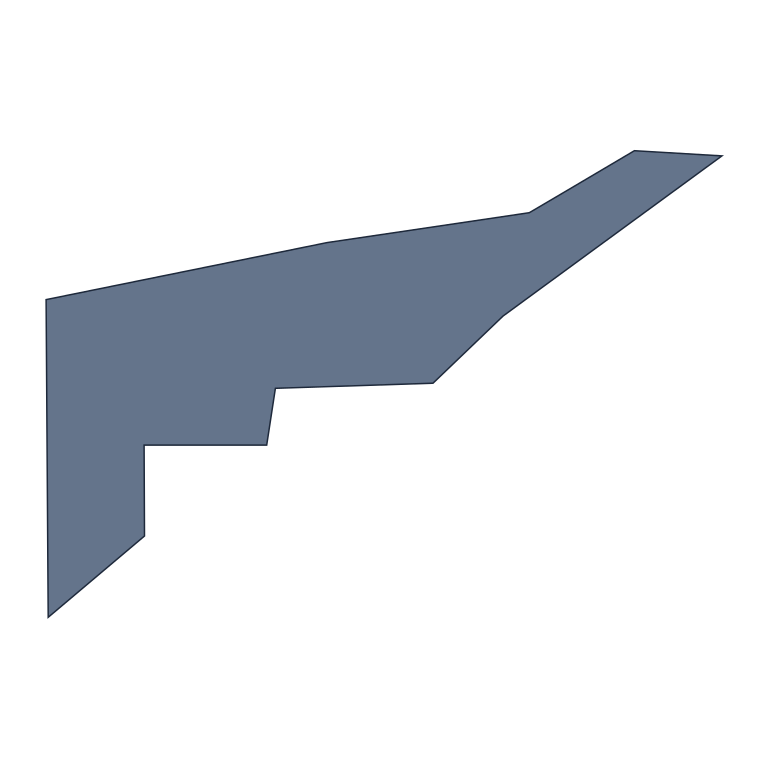 an SVG outline of South Hill
{"feature_id": "AIA-5122", "entity_name": "South Hill", "entity_type": "District", "adm_level": 1, "iso_a3": "AIA", "parent_name": "Anguilla", "parent_adm1": "", "projection": "natural_earth1", "projection_center": [-63.095, 18.202], "detail": "fine", "context": "isolated", "style": "filled", "palette": "slate", "viewbox_px": 768, "rotation_deg": 0, "n_neighbors": 0, "source": "natural_earth", "source_scale": "10m", "svg_char_len": 309}
<svg xmlns="http://www.w3.org/2000/svg" viewBox="0 0 768 768"><path d="M46.1,299.6L327.0,242.6L529.3,212.7L562.3,193.3L634.4,150.7L721.9,155.9L597.5,246.9L503.1,316.0L433.0,383.2L275.4,388.3L266.7,445.1L144.1,445.1L144.5,536.0L48.2,617.3L46.1,299.6Z" fill="#64748b" stroke="#1e293b" stroke-width="1.5"/></svg>